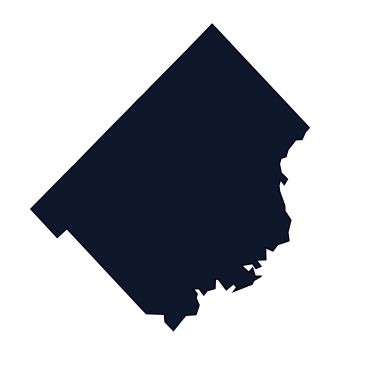 the district of Washington, Alabama, United States of America, rotated 47°
{"feature_id": "52423323B12485828442436", "entity_name": "Washington", "entity_type": "district", "adm_level": 2, "iso_a3": "USA", "parent_name": "United States of America", "parent_adm1": "Alabama", "projection": "albers", "projection_center": [-88.098, 31.407], "detail": "fine", "context": "isolated", "style": "filled", "palette": "ink", "viewbox_px": 384, "rotation_deg": 47, "n_neighbors": 0, "source": "geoboundaries", "source_scale": "gbopen_adm2", "svg_char_len": 1044}
<svg xmlns="http://www.w3.org/2000/svg" viewBox="0 0 384 384"><g transform="rotate(47 192 192)"><path d="M88.4,179.0L88.7,185.4L88.7,185.6L89.9,214.4L91.8,253.5L92.2,260.1L92.1,262.7L92.4,269.6L92.4,270.1L94.6,321.4L133.3,321.5L133.3,308.4L239.2,308.4L249.8,308.3L262.6,295.5L268.6,300.2L280.6,300.0L278.6,286.7L277.9,280.6L284.3,272.7L279.5,264.0L272.2,261.4L270.0,257.8L263.5,257.2L267.5,252.7L275.3,253.6L274.4,248.3L278.2,241.0L271.6,234.4L273.6,232.2L286.9,233.6L287.3,224.0L292.3,224.2L293.1,229.1L300.3,210.9L298.8,207.2L300.9,198.5L296.8,203.4L289.0,199.6L289.5,205.3L279.3,206.0L285.6,196.5L291.5,197.4L293.3,192.3L285.5,191.5L291.8,184.2L282.8,176.2L290.2,173.0L288.8,165.3L293.7,154.4L286.8,149.4L279.9,138.9L269.4,137.2L265.1,133.5L251.2,127.6L246.4,124.0L243.1,118.8L249.4,119.4L247.7,113.5L238.8,113.8L230.9,108.9L228.0,103.9L230.2,99.2L226.5,93.1L224.5,80.5L228.5,75.7L225.4,68.3L224.9,62.5L83.1,62.9L84.8,95.6L84.9,96.7L87.1,150.5L87.7,158.7L87.8,168.5L88.4,179.0Z" fill="#0f172a" stroke="#020617" stroke-width="1.5"/></g></svg>